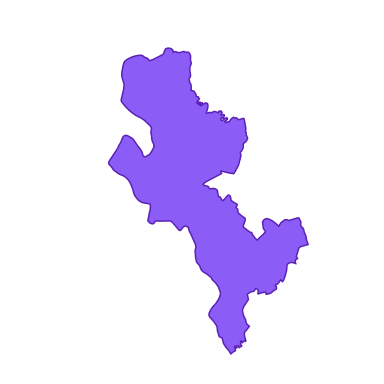 the district of Vinh Loc, Thanh Hóa, Vietnam, rotated 32°
{"feature_id": "81297802B11071874803157", "entity_name": "Vinh Loc", "entity_type": "district", "adm_level": 2, "iso_a3": "VNM", "parent_name": "Vietnam", "parent_adm1": "Thanh Hóa", "projection": "natural_earth1", "projection_center": [105.68, 20.04], "detail": "fine", "context": "isolated", "style": "filled", "palette": "violet", "viewbox_px": 384, "rotation_deg": 32, "n_neighbors": 0, "source": "geoboundaries", "source_scale": "gbopen_adm2", "svg_char_len": 6100}
<svg xmlns="http://www.w3.org/2000/svg" viewBox="0 0 384 384"><g transform="rotate(32 192 192)"><path d="M79.8,141.6L83.0,151.2L83.6,152.1L84.6,152.9L90.2,154.8L95.8,156.1L98.8,156.5L103.7,156.8L109.4,156.3L112.6,156.3L120.7,157.8L122.3,158.3L123.7,159.4L124.3,160.4L125.8,163.7L128.0,165.8L129.5,168.1L131.5,170.0L134.4,171.9L135.7,173.8L136.1,175.8L136.3,179.7L136.3,181.2L136.0,182.7L134.1,186.5L132.4,187.4L130.9,187.0L130.1,186.0L128.2,184.4L126.1,183.3L120.7,181.3L114.5,178.5L112.9,178.2L108.3,178.3L106.5,178.7L105.2,179.5L104.6,180.5L104.3,181.6L104.4,182.9L105.2,187.4L105.4,192.3L105.8,194.0L105.4,209.8L105.7,211.1L106.1,211.9L107.2,212.5L110.7,213.5L114.0,215.0L120.6,215.4L125.6,214.6L127.5,214.7L131.2,215.4L133.8,216.5L136.0,217.8L140.5,221.2L143.5,224.1L145.4,225.4L149.8,227.1L152.8,227.6L156.0,227.1L161.4,224.9L163.0,224.6L164.5,226.4L165.4,228.1L167.5,233.9L169.0,237.6L169.5,239.4L170.0,239.9L172.5,240.6L174.1,240.4L175.3,240.0L175.9,239.5L176.3,238.4L176.5,235.7L180.1,233.8L188.4,228.3L189.7,228.0L190.9,228.0L197.5,230.0L200.1,231.0L201.3,231.2L202.6,230.7L203.1,226.6L203.7,225.2L204.2,224.6L205.1,224.1L207.9,224.1L209.0,225.4L210.8,226.9L213.2,228.2L222.9,234.8L224.7,236.9L225.4,239.2L226.1,240.7L230.3,246.3L233.0,249.0L237.8,250.6L239.9,252.4L242.0,253.4L244.2,253.8L248.1,253.7L254.0,254.5L254.8,255.3L255.6,255.6L260.0,256.5L264.6,258.5L267.6,260.8L269.6,262.4L269.9,263.0L270.5,264.4L271.2,267.3L271.4,270.1L271.3,274.1L270.4,278.5L270.3,281.8L270.6,285.1L271.1,286.5L271.9,287.8L273.2,288.6L279.3,290.4L283.6,292.3L285.0,293.4L287.1,296.2L291.2,299.9L291.9,300.2L294.7,300.0L295.3,300.2L298.6,303.4L299.7,304.1L303.5,305.9L306.7,306.7L310.7,308.7L311.7,305.7L312.9,303.7L312.7,303.1L311.4,301.8L311.5,301.4L312.7,300.3L312.7,300.0L312.5,299.8L311.8,299.9L310.5,300.9L310.1,300.9L309.9,300.4L310.9,299.6L311.5,298.5L312.4,298.0L313.2,298.0L314.1,298.9L314.5,299.0L315.2,297.3L315.8,296.7L315.6,296.0L313.6,295.4L313.5,294.0L312.4,293.2L312.3,292.6L313.0,292.3L314.3,293.1L314.6,293.1L314.8,292.7L314.6,291.7L314.9,291.0L315.4,290.5L316.4,290.6L316.6,289.9L316.0,289.1L313.2,286.7L311.8,284.9L311.2,283.7L311.0,282.9L311.5,279.6L311.8,275.5L308.6,274.9L307.2,274.1L305.2,272.0L301.5,269.6L299.7,268.1L297.7,265.9L297.0,264.3L296.6,261.1L296.7,259.6L296.7,254.9L296.9,253.5L296.7,253.1L293.1,249.4L293.4,248.3L294.9,245.4L297.1,243.5L297.2,240.5L297.6,239.9L298.6,239.8L300.7,240.7L301.1,241.2L301.3,242.8L301.7,243.3L302.2,243.3L304.6,240.5L307.0,238.1L307.9,238.2L308.6,239.2L309.2,239.4L311.2,237.5L312.6,235.5L313.8,231.7L314.8,230.2L314.9,229.2L313.8,227.6L312.1,227.4L311.9,227.0L313.2,224.9L313.7,222.5L313.7,219.6L316.3,220.0L316.4,218.2L315.3,213.1L313.7,208.2L311.3,203.5L311.3,202.4L311.7,201.3L313.0,199.5L314.1,198.8L317.8,197.7L316.5,196.4L315.9,195.4L315.8,194.6L316.8,192.6L314.6,191.3L312.4,183.0L312.4,182.2L313.1,180.8L318.3,175.0L313.6,171.1L313.3,170.3L311.3,168.5L308.1,166.3L307.0,165.0L305.6,163.9L303.0,163.3L301.8,162.6L300.2,159.8L299.5,159.3L296.7,157.5L295.8,157.5L294.6,158.7L289.1,165.0L287.5,165.0L285.7,166.2L285.2,166.8L283.7,171.0L283.7,175.0L280.6,174.4L275.5,173.9L272.4,174.1L269.8,174.7L268.9,175.5L268.0,176.8L267.7,178.1L267.6,179.5L267.9,180.4L271.6,184.8L272.2,185.3L275.1,186.5L275.3,187.3L274.7,190.8L273.3,195.8L273.0,197.7L272.7,198.3L270.1,197.7L268.2,197.0L265.8,196.0L264.1,194.7L263.0,195.3L262.0,195.3L254.1,194.6L253.3,193.0L252.0,187.5L251.1,186.2L245.4,185.7L242.0,185.1L241.5,184.6L240.5,183.0L240.0,182.5L237.5,181.7L237.3,181.3L237.3,179.2L237.0,178.7L236.5,178.5L233.1,178.6L229.7,178.4L229.2,178.1L227.8,176.2L226.1,175.0L224.9,175.0L224.3,175.6L224.1,176.2L223.3,181.1L222.8,182.9L222.5,183.1L221.7,183.0L218.5,181.3L217.1,181.8L216.3,181.3L212.6,177.2L211.9,177.0L210.3,176.9L209.0,177.3L207.6,178.0L205.9,179.7L205.5,179.9L203.1,178.9L202.3,178.8L198.7,179.9L197.4,179.6L197.2,179.0L198.5,175.8L207.3,160.7L205.7,159.5L205.5,159.0L206.0,158.6L212.3,156.6L217.7,154.4L217.7,151.5L217.3,144.9L215.0,137.5L214.0,134.9L211.9,132.8L212.3,131.1L212.0,127.4L210.0,123.9L210.3,122.4L210.9,121.2L211.1,119.3L210.8,117.3L210.5,116.8L207.2,114.3L206.5,112.8L205.2,112.3L204.7,110.9L203.5,109.0L198.8,103.8L197.2,102.3L196.3,102.4L195.3,103.8L193.4,105.8L192.8,106.1L190.4,105.5L189.0,106.5L187.5,106.7L186.5,109.2L186.3,112.6L183.7,115.2L183.2,115.4L182.6,114.8L182.7,114.1L183.5,111.9L183.1,110.9L182.5,110.6L182.0,110.7L180.9,112.3L179.9,115.3L179.4,115.6L178.3,115.6L177.5,114.4L177.4,113.7L179.1,113.0L179.3,111.6L179.1,110.4L178.5,109.6L177.9,109.5L176.7,111.0L176.1,111.3L175.7,111.2L175.6,109.1L175.3,108.5L174.3,108.0L173.5,108.1L172.4,108.7L172.1,109.0L172.1,109.9L172.6,110.5L170.6,111.2L169.9,111.3L168.2,111.9L167.7,112.4L166.7,114.2L166.0,114.8L165.2,114.9L164.7,115.3L164.0,115.9L163.5,117.0L163.1,117.3L162.7,117.4L162.1,117.1L160.8,112.3L160.2,111.1L158.8,109.1L158.1,108.8L156.9,109.0L155.9,109.6L155.9,110.7L155.1,111.2L154.5,111.3L153.5,110.8L153.3,110.9L152.8,112.0L152.8,112.7L153.2,112.9L154.2,112.7L154.5,113.2L154.3,113.7L153.6,114.1L153.1,114.4L152.2,113.4L151.2,114.1L150.6,114.2L150.2,113.8L150.2,113.3L151.1,112.5L152.0,112.7L152.4,112.3L152.3,111.9L151.1,111.6L149.9,112.8L149.5,113.8L149.1,113.8L148.6,113.5L148.5,113.1L149.0,112.1L149.0,111.8L148.5,111.6L148.8,110.9L148.9,109.1L146.8,108.0L146.2,108.4L144.9,108.5L143.3,106.9L140.3,105.5L139.7,105.5L137.6,106.4L137.2,106.1L136.4,104.4L134.3,101.6L132.9,100.5L131.9,100.2L131.3,99.7L131.0,99.0L129.8,98.2L129.2,97.0L129.7,95.6L129.5,95.1L128.8,93.6L125.6,89.8L124.0,87.2L123.5,84.2L122.9,82.8L121.1,81.3L118.5,77.1L116.6,75.8L114.8,75.3L113.0,76.7L110.7,77.1L110.1,77.5L108.9,79.1L107.0,80.8L105.3,81.5L104.4,81.4L103.8,81.6L103.0,82.1L102.0,83.5L100.7,82.0L99.5,81.5L97.0,81.8L95.3,82.7L93.8,84.5L93.9,86.7L94.1,88.0L94.6,89.2L94.6,90.5L88.8,100.2L86.9,102.6L86.2,102.9L85.3,102.9L83.3,102.2L80.9,102.8L77.4,102.6L75.3,103.6L72.5,106.0L70.0,108.7L67.6,112.3L66.4,114.7L65.9,116.1L65.7,118.3L66.7,121.6L68.9,127.3L70.7,130.4L72.0,131.9L76.5,135.9L77.8,137.5L79.8,141.6Z" fill="#8b5cf6" stroke="#5b21b6" stroke-width="1.5"/></g></svg>